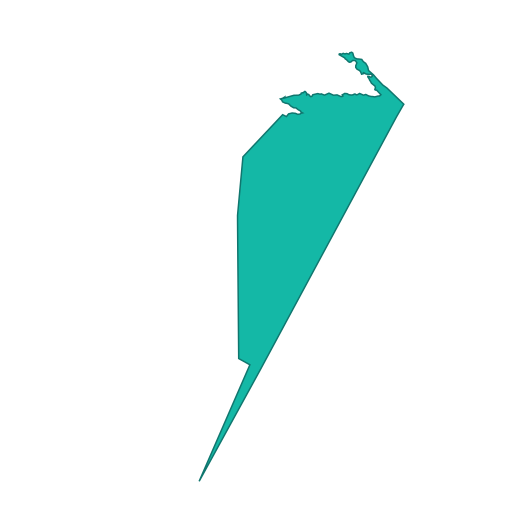 Nouadhibou, Dakhlet Nouadhibou, Mauritania, rotated 119°
{"feature_id": "47542326B41685059019738", "entity_name": "Nouadhibou", "entity_type": "district", "adm_level": 2, "iso_a3": "MRT", "parent_name": "Mauritania", "parent_adm1": "Dakhlet Nouadhibou", "projection": "albers", "projection_center": [-16.719, 20.928], "detail": "fine", "context": "isolated", "style": "filled", "palette": "teal", "viewbox_px": 512, "rotation_deg": 119, "n_neighbors": 0, "source": "geoboundaries", "source_scale": "gbopen_adm2", "svg_char_len": 1888}
<svg xmlns="http://www.w3.org/2000/svg" viewBox="0 0 512 512"><g transform="rotate(119 256 256)"><path d="M480.6,196.5L353.8,197.1L231.4,198.6L66.3,200.6L53.2,200.4L51.6,200.3L45.6,222.9L45.0,228.0L42.2,236.8L40.6,241.1L39.2,247.5L36.4,250.0L34.3,253.5L34.2,254.9L33.9,256.6L32.8,258.8L33.8,261.4L34.7,263.3L34.9,266.1L33.5,267.9L31.6,269.7L31.4,271.1L32.8,272.5L34.4,272.6L35.0,275.1L36.2,276.2L36.5,278.0L38.1,279.0L38.2,280.1L38.8,281.1L39.6,280.9L39.7,275.7L39.7,274.4L40.3,273.7L40.4,272.1L41.3,269.2L41.1,267.9L40.0,266.9L38.1,266.3L36.9,263.8L38.2,261.4L41.2,261.0L42.7,260.2L43.6,258.3L43.6,255.5L44.0,254.1L45.8,251.8L44.0,250.0L43.7,251.5L43.4,250.4L43.5,247.9L42.1,244.7L41.2,243.7L41.7,241.7L42.4,241.5L43.3,241.7L44.1,242.6L44.2,244.4L44.7,245.3L45.3,244.8L46.1,243.1L47.0,242.0L47.9,240.3L48.9,238.8L49.7,234.3L51.1,233.0L52.6,232.9L53.0,232.2L52.5,230.8L54.4,224.9L56.1,225.5L57.1,227.0L58.4,228.3L59.4,229.5L59.9,231.1L60.7,232.7L61.4,235.2L61.5,238.3L63.2,239.9L63.6,244.2L65.6,245.4L66.4,246.4L66.3,247.7L66.8,248.6L67.9,249.2L69.0,250.6L69.9,252.9L69.9,255.1L70.8,257.2L73.3,258.7L73.6,257.8L74.1,257.5L74.8,258.0L75.4,259.1L75.8,263.2L77.8,266.1L78.2,271.1L82.1,274.1L82.6,277.6L83.4,278.3L84.0,280.7L87.4,284.5L89.3,284.5L90.1,285.4L90.0,286.2L89.2,288.2L89.4,289.4L90.1,289.6L90.5,289.8L89.9,290.2L89.4,290.2L88.8,291.3L88.4,292.2L88.3,292.8L88.6,293.3L90.3,293.8L90.5,294.3L91.6,295.4L92.5,295.2L93.3,295.7L94.7,296.7L97.1,300.8L104.1,307.8L103.1,308.0L105.2,309.2L106.8,310.8L107.2,309.0L108.3,307.5L108.2,306.2L108.1,304.5L107.7,303.5L107.1,301.3L108.0,298.1L108.1,294.9L107.1,292.9L107.6,289.9L107.6,287.3L108.3,286.5L108.3,284.7L109.3,285.8L110.5,286.3L111.9,288.2L112.1,290.6L113.4,293.7L115.9,296.4L119.3,297.0L119.5,301.2L175.6,315.5L229.5,291.8L235.4,288.5L354.1,221.4L354.1,208.6L480.6,196.5Z" fill="#14b8a6" stroke="#0f766e" stroke-width="1.5"/></g></svg>